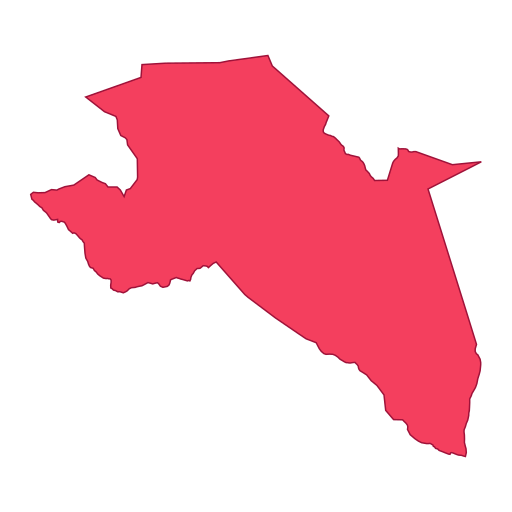 Santiago Atitlán, Oaxaca, Mexico
{"feature_id": "50627088B29735137627697", "entity_name": "Santiago Atitlán", "entity_type": "district", "adm_level": 2, "iso_a3": "MEX", "parent_name": "Mexico", "parent_adm1": "Oaxaca", "projection": "robinson", "projection_center": [-95.925, 17.09], "detail": "fine", "context": "isolated", "style": "filled", "palette": "rose", "viewbox_px": 512, "rotation_deg": 0, "n_neighbors": 0, "source": "geoboundaries", "source_scale": "gbopen_adm2", "svg_char_len": 4097}
<svg xmlns="http://www.w3.org/2000/svg" viewBox="0 0 512 512"><path d="M148.7,282.8L150.3,283.2L152.7,283.9L154.8,283.3L157.4,282.7L158.7,283.8L160.4,286.2L162.9,287.3L167.3,286.4L168.9,285.1L169.6,283.6L170.2,281.5L170.5,279.9L171.9,279.2L176.3,277.5L177.5,278.0L179.4,278.5L180.6,279.0L182.7,279.5L184.0,279.9L187.4,280.9L188.5,280.5L189.9,280.9L190.7,279.1L190.8,277.7L191.9,274.9L193.2,273.4L194.7,270.7L197.1,268.5L199.5,268.4L200.2,268.2L203.2,265.7L205.5,265.9L207.2,266.3L208.4,267.6L210.7,265.5L213.2,263.4L215.3,262.4L216.2,262.0L244.8,294.5L247.5,296.8L247.9,297.2L275.4,317.9L298.4,333.6L306.1,338.8L316.2,342.7L319.3,348.7L321.3,351.4L323.9,353.6L326.0,354.3L329.7,354.1L332.8,354.3L335.3,355.3L337.9,357.1L340.0,359.2L342.6,360.7L344.4,361.8L346.1,362.6L347.9,362.7L348.8,362.9L350.2,363.0L351.9,362.7L353.3,362.5L355.0,362.4L356.1,363.6L357.1,364.5L358.2,366.0L358.5,367.9L359.0,369.3L360.0,370.7L366.7,374.9L371.2,380.7L376.9,385.4L384.0,394.9L385.7,410.4L393.6,419.6L402.6,419.8L404.1,421.4L405.7,422.9L406.6,424.0L407.4,425.1L407.8,426.7L407.7,428.1L407.5,429.4L410.2,434.7L414.9,438.7L418.4,441.1L421.6,442.7L426.7,443.6L428.3,443.6L430.0,443.4L431.1,443.9L433.0,445.1L433.4,446.4L434.4,446.7L435.6,448.4L437.6,448.9L439.1,450.4L443.3,452.0L444.7,452.6L446.5,453.3L448.6,454.1L450.0,454.3L450.6,452.9L451.6,452.6L453.1,453.0L454.5,453.6L457.3,454.7L458.8,455.1L461.4,455.3L463.8,456.1L465.4,456.5L466.3,452.6L466.0,448.7L465.3,446.2L464.4,442.5L464.5,438.9L464.4,435.0L464.0,431.9L464.1,429.8L465.4,426.6L466.3,423.4L467.7,420.2L468.2,417.9L468.7,415.6L468.8,413.0L469.3,410.7L469.5,407.4L469.6,405.0L469.7,402.7L469.7,398.9L471.3,395.7L472.0,393.4L473.4,391.1L475.4,387.6L476.2,385.5L476.9,383.4L477.8,378.7L479.2,374.3L480.1,370.8L480.4,368.0L480.7,364.8L480.7,362.5L480.1,359.2L479.0,357.1L477.8,354.8L476.4,353.8L475.2,351.5L475.2,348.8L476.5,344.4L466.6,312.5L428.0,189.0L471.4,166.9L481.3,161.8L452.4,164.7L415.8,151.6L413.8,151.6L412.8,151.9L411.0,152.1L408.6,151.5L408.0,150.2L407.0,149.3L405.5,148.9L402.6,148.8L399.4,148.9L398.3,148.2L398.4,153.7L398.3,156.0L396.9,158.0L395.2,159.4L393.6,161.3L392.7,163.1L387.4,180.3L374.6,180.5L373.2,178.4L371.1,176.6L370.1,175.2L369.3,173.5L368.4,172.5L367.0,171.0L365.8,169.9L365.2,167.8L364.8,166.0L364.1,164.2L363.2,162.6L362.3,161.5L361.4,160.9L360.4,159.9L359.6,158.2L358.8,157.2L355.8,156.5L354.6,156.2L350.7,155.3L349.8,155.0L348.1,154.3L347.0,154.5L345.4,153.6L345.0,152.6L344.5,151.5L343.9,150.1L344.1,147.9L343.6,146.8L342.7,145.8L341.8,145.3L340.7,144.1L340.4,143.6L339.3,142.0L338.5,141.2L337.4,140.1L336.8,139.6L335.6,138.3L333.5,136.6L331.9,136.3L330.5,135.5L328.7,135.2L326.3,134.2L324.3,133.2L323.3,131.9L323.2,129.9L324.3,126.7L325.6,124.3L326.2,122.3L326.9,120.7L327.4,119.4L328.8,115.9L272.3,66.0L267.9,55.5L228.7,60.9L219.7,62.7L165.5,63.2L142.0,64.6L141.0,77.4L85.7,97.0L104.5,111.7L115.9,116.4L117.3,119.9L117.8,128.6L120.8,135.5L125.3,137.8L126.9,139.6L127.6,144.9L137.3,158.7L137.6,177.1L137.2,179.6L130.3,188.6L126.4,190.0L124.1,196.6L120.3,190.0L117.1,187.0L108.0,187.0L105.4,183.7L102.1,182.5L97.1,180.0L95.2,177.5L88.9,174.8L73.8,185.1L64.9,186.7L58.9,189.0L56.9,190.1L51.5,189.6L45.0,192.6L38.1,192.8L33.4,192.3L30.7,194.4L31.9,199.2L33.3,200.3L34.6,201.9L36.1,203.1L38.2,204.9L39.8,206.5L41.9,207.8L43.4,210.3L45.9,212.3L46.7,213.1L50.6,218.7L51.6,219.7L53.8,220.1L57.6,219.4L57.6,220.9L57.9,222.2L59.3,222.5L60.3,221.4L61.8,221.3L64.5,222.2L65.5,223.7L66.8,226.0L68.5,229.6L72.7,233.3L74.0,232.8L75.8,233.6L77.6,235.5L79.6,237.9L81.2,239.3L81.9,239.6L83.1,241.7L84.3,243.2L84.4,245.3L84.6,248.2L85.0,253.2L85.8,258.0L86.6,259.5L87.7,261.4L88.5,264.1L89.4,266.1L90.5,267.5L93.2,268.3L94.4,270.5L96.2,272.0L97.7,274.0L99.7,275.7L103.4,278.1L106.2,278.6L107.2,278.4L108.9,278.8L110.1,278.8L111.1,280.1L111.1,282.3L110.7,285.2L110.8,288.0L112.1,288.7L113.5,290.1L115.6,290.6L117.7,291.8L119.9,291.7L123.3,292.8L125.6,291.8L127.1,290.9L129.3,288.7L131.5,287.7L135.1,287.4L136.9,286.8L139.6,286.2L141.9,285.8L144.6,284.4L147.9,282.6L148.7,282.8Z" fill="#f43f5e" stroke="#9f1239" stroke-width="1.5"/></svg>